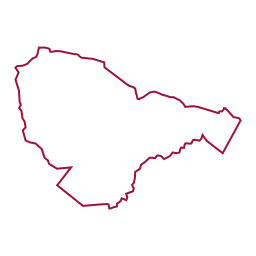 Ombúes de Lavalle, Colonia, Uruguay
{"feature_id": "84410073B82922235042085", "entity_name": "Ombúes de Lavalle", "entity_type": "district", "adm_level": 2, "iso_a3": "URY", "parent_name": "Uruguay", "parent_adm1": "Colonia", "projection": "robinson", "projection_center": [-57.747, -33.963], "detail": "fine", "context": "isolated", "style": "outline", "palette": "rose", "viewbox_px": 256, "rotation_deg": 0, "n_neighbors": 0, "source": "geoboundaries", "source_scale": "gbopen_adm2", "svg_char_len": 3074}
<svg xmlns="http://www.w3.org/2000/svg" viewBox="0 0 256 256"><path d="M240.6,120.4L240.4,120.2L240.1,119.7L239.9,119.4L239.7,119.1L239.4,118.7L239.2,118.4L238.9,118.3L238.7,118.2L238.4,118.1L238.1,118.0L237.6,117.9L237.2,117.8L236.7,117.7L236.4,117.7L236.0,117.6L235.4,117.4L234.8,117.3L234.1,117.2L233.8,117.1L233.5,117.0L233.3,116.9L233.1,116.7L232.8,116.3L232.4,115.8L231.8,115.2L231.5,114.9L231.4,114.8L231.1,114.4L230.5,113.8L229.8,113.0L229.2,112.3L228.4,111.4L227.9,110.8L227.7,110.7L227.4,110.5L227.0,110.0L226.4,109.4L225.8,108.7L225.7,108.5L225.2,108.7L224.8,108.6L224.7,108.5L224.5,108.4L224.4,108.2L224.0,108.2L224.0,108.3L223.9,108.6L223.8,108.9L223.6,109.3L223.4,109.8L223.3,110.1L223.0,110.3L222.6,110.6L222.3,111.0L222.0,111.2L221.9,111.2L221.6,111.3L221.0,111.3L220.2,111.4L219.9,111.4L219.7,111.5L219.0,112.0L218.7,112.3L218.5,112.5L218.4,112.5L218.3,112.8L218.4,113.0L218.0,113.0L217.4,112.9L216.6,112.6L209.2,110.3L207.0,109.7L203.9,108.7L197.6,106.8L197.3,106.8L196.6,106.7L196.2,106.7L195.4,106.5L194.8,106.4L193.9,106.3L193.5,106.3L193.3,106.2L193.0,106.3L192.3,106.3L191.4,106.4L190.5,106.4L190.1,106.5L189.6,106.5L189.1,106.6L188.5,106.6L188.0,106.7L187.7,106.7L187.4,106.7L187.1,106.7L185.9,106.8L185.4,106.9L185.2,106.8L185.2,106.7L184.7,105.9L184.0,104.8L183.4,103.8L183.3,103.7L183.2,103.6L183.1,103.4L182.5,102.9L181.8,102.3L181.5,102.1L181.4,101.8L180.6,101.1L179.7,100.3L173.5,97.2L169.8,97.1L167.7,96.3L163.7,95.1L161.4,94.4L159.4,93.4L154.5,91.6L152.9,91.9L150.7,92.3L149.3,92.7L148.0,93.8L142.7,97.5L140.8,98.0L139.1,99.3L137.5,98.8L136.5,94.3L136.0,93.2L135.2,88.4L133.4,87.4L133.2,87.1L130.6,86.3L130.0,86.1L129.6,86.0L129.5,85.9L129.4,85.9L129.2,85.8L129.2,85.7L129.0,85.4L128.9,85.4L128.6,85.4L128.4,85.4L123.6,81.8L111.2,72.4L104.5,67.3L104.2,62.3L100.8,61.3L94.3,59.3L92.9,58.9L86.6,58.2L85.4,58.1L81.3,57.6L79.3,56.2L78.4,55.0L76.6,54.2L74.3,54.2L71.9,53.6L64.6,52.1L60.1,51.2L55.8,51.0L53.9,51.5L50.4,51.8L49.5,48.9L48.2,48.4L44.5,47.5L40.3,47.7L39.1,47.5L38.1,51.0L37.7,53.1L37.7,53.4L36.8,55.8L36.0,56.9L35.0,57.4L32.6,58.5L30.6,60.4L27.5,63.6L27.0,64.0L26.8,64.0L26.3,64.3L25.0,64.8L22.9,65.6L22.2,65.8L21.0,65.8L17.2,66.1L15.4,67.7L18.6,72.4L15.5,79.7L18.9,90.4L19.7,102.2L20.8,105.0L19.2,107.9L21.4,110.8L22.5,118.4L24.6,121.6L25.6,127.4L22.8,130.4L25.6,140.5L29.7,142.3L35.5,143.5L41.8,149.1L44.6,157.8L47.9,160.4L49.1,163.8L57.0,168.7L71.1,167.4L57.2,185.3L83.0,205.9L100.7,204.4L107.2,204.0L108.6,204.5L109.3,208.5L110.2,208.5L113.7,207.2L116.8,206.5L117.1,203.6L119.3,202.3L120.8,200.7L121.7,198.3L124.6,199.5L126.3,200.2L127.3,197.3L126.2,193.7L132.9,191.3L133.9,188.3L132.8,187.1L132.1,184.9L133.9,182.8L134.9,177.6L135.2,171.9L139.9,168.8L141.1,164.7L144.8,162.2L149.5,157.8L152.6,157.7L155.1,158.2L157.2,155.4L160.9,155.9L164.0,159.1L170.0,156.0L172.6,152.5L176.0,153.1L179.4,152.6L180.4,149.0L181.0,147.6L184.1,147.8L184.5,145.1L185.5,143.3L189.4,143.6L191.3,143.5L192.9,140.2L194.6,139.7L199.5,140.6L201.4,138.5L202.5,135.0L206.8,140.9L222.7,153.2L240.6,120.4Z" fill="none" stroke="#9f1239" stroke-width="2"/></svg>